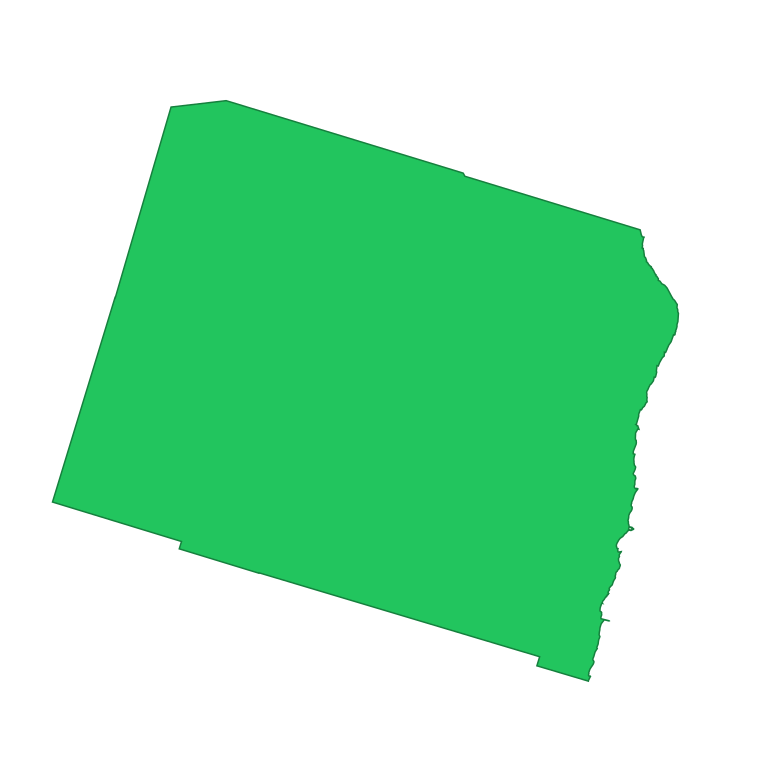 84, Ar Rayyān, Qatar (Mercator projection), rotated 197°
{"feature_id": "91078587B80601194471899", "entity_name": "84", "entity_type": "district", "adm_level": 2, "iso_a3": "QAT", "parent_name": "Qatar", "parent_adm1": "Ar Rayyān", "projection": "mercator", "projection_center": [50.776, 25.173], "detail": "fine", "context": "isolated", "style": "filled", "palette": "green", "viewbox_px": 768, "rotation_deg": 197, "n_neighbors": 0, "source": "geoboundaries", "source_scale": "gbopen_adm2", "svg_char_len": 4992}
<svg xmlns="http://www.w3.org/2000/svg" viewBox="0 0 768 768"><g transform="rotate(197 384 384)"><path d="M101.7,159.6L101.8,160.2L101.2,164.2L101.0,164.6L101.1,164.8L101.5,165.0L102.5,164.6L103.3,165.3L103.4,165.9L103.4,167.0L103.8,167.6L103.7,171.4L103.1,173.7L102.4,175.8L102.0,177.4L101.9,178.7L102.0,179.7L102.3,180.2L103.1,180.9L103.5,181.2L103.8,181.7L103.9,182.5L103.8,183.6L103.7,184.7L103.8,189.2L103.3,191.4L103.0,192.5L102.7,193.2L102.7,193.5L103.4,194.1L103.5,194.8L103.3,196.4L103.2,198.0L103.7,200.6L103.9,202.4L103.7,204.2L103.7,205.6L105.0,207.1L105.5,209.6L105.7,211.9L106.0,212.9L106.2,214.2L106.2,217.8L105.9,219.0L104.4,222.9L99.5,223.2L99.4,223.3L99.6,223.4L107.8,223.0L108.4,224.3L108.4,225.3L108.3,226.6L108.5,227.5L108.9,228.2L109.1,229.2L109.9,229.7L110.9,230.0L111.3,230.6L111.8,233.1L111.8,234.3L111.8,234.7L111.7,236.1L111.8,236.1L111.5,238.2L111.2,238.2L111.5,238.4L111.2,239.7L111.0,239.8L111.3,239.8L111.3,240.4L110.5,242.2L110.2,243.5L109.8,244.7L109.1,245.7L109.4,245.8L109.0,246.8L108.3,247.9L108.6,248.0L107.8,249.4L108.7,249.9L108.8,250.6L108.7,251.6L108.3,252.5L108.2,253.2L108.8,253.9L108.9,254.5L108.7,255.2L108.0,256.9L107.6,257.5L107.0,258.7L107.0,261.1L106.8,263.3L106.1,265.8L106.1,266.5L106.3,267.2L106.7,267.5L106.8,268.2L106.7,269.1L106.9,270.2L107.1,271.0L107.0,271.8L106.6,272.6L106.2,273.2L106.1,274.1L105.9,274.8L105.4,275.6L105.0,276.7L105.1,277.3L105.1,277.9L105.0,279.0L105.1,280.0L105.8,280.7L106.4,281.2L106.7,281.8L107.0,282.4L107.5,282.8L107.9,283.3L108.2,284.3L108.6,285.1L108.7,285.7L108.6,286.6L108.4,287.9L108.9,288.6L109.1,289.3L108.8,290.8L108.1,292.7L108.1,293.1L110.4,291.9L111.0,291.9L111.4,292.3L112.1,294.2L112.1,294.6L112.1,295.0L113.0,294.9L113.2,295.0L113.9,296.3L114.4,296.8L114.7,298.1L114.7,299.5L114.4,300.9L113.9,303.3L113.1,305.4L112.2,306.6L111.1,307.9L110.6,309.2L110.2,310.3L109.7,311.4L108.9,312.2L108.7,312.6L108.1,314.3L107.1,315.9L105.0,316.1L102.9,318.0L102.9,318.4L103.2,318.7L103.5,318.7L104.1,317.4L105.2,316.5L107.6,316.3L107.7,317.1L107.7,317.5L107.7,317.9L107.8,318.3L107.8,318.9L106.3,319.0L105.8,318.8L105.3,318.5L105.0,318.5L104.7,318.6L104.5,319.0L104.7,319.3L105.0,319.4L107.8,319.2L109.0,321.4L109.4,321.7L110.0,323.7L110.5,324.4L110.8,324.9L110.9,327.5L111.5,329.9L111.3,332.0L111.0,333.4L110.4,334.9L110.2,336.4L110.3,337.5L110.6,338.5L110.9,339.0L111.4,339.2L111.8,339.5L112.2,340.3L112.4,341.3L112.3,342.6L112.6,343.3L112.6,344.0L112.4,345.0L112.2,346.7L112.2,348.1L112.3,348.7L112.3,350.4L112.0,353.2L111.5,355.1L110.6,357.5L110.6,357.8L110.9,358.1L111.1,358.0L112.0,358.0L112.1,357.8L110.9,357.9L111.0,357.6L111.6,357.4L112.3,357.3L113.0,357.6L113.7,357.8L114.4,358.5L114.8,359.5L114.8,361.6L115.2,362.6L115.6,364.3L115.8,364.8L115.6,366.7L115.7,367.6L116.0,367.9L116.1,368.5L116.5,368.8L116.8,369.5L117.6,369.6L118.3,369.9L119.4,370.9L119.5,371.4L119.1,373.8L118.9,375.9L119.0,377.8L119.3,378.5L120.0,379.0L120.7,379.4L121.3,380.6L121.9,381.7L122.3,383.1L122.7,384.0L123.1,385.0L123.4,386.7L123.5,387.9L123.5,390.1L123.9,390.1L124.1,390.2L124.7,390.1L125.3,390.2L125.9,392.6L125.3,400.2L125.5,401.6L126.4,403.9L127.0,404.0L127.4,404.7L127.8,405.8L129.1,410.8L128.1,415.2L127.5,415.2L127.5,415.3L127.0,415.3L129.1,418.2L129.9,418.0L130.5,418.8L131.3,418.9L130.9,419.5L131.0,426.0L131.0,427.4L131.3,428.7L131.6,429.5L131.6,429.9L131.6,430.0L131.3,434.5L130.3,434.5L130.0,435.3L129.7,437.0L128.5,438.9L127.9,442.7L127.3,443.3L127.3,444.5L127.9,445.2L128.5,448.3L129.1,448.9L129.6,451.1L129.8,451.5L130.4,452.7L130.5,453.8L130.0,456.1L129.8,458.3L129.2,461.4L128.5,462.1L127.3,465.8L127.6,469.6L126.7,469.6L126.4,470.4L126.7,475.2L127.3,475.8L128.3,481.4L127.0,481.4L126.7,485.2L125.5,490.5L125.4,490.7L124.2,492.7L124.2,492.9L124.4,493.2L124.7,494.3L124.6,494.6L125.2,496.4L124.0,496.4L123.9,496.6L123.5,499.9L123.5,501.0L123.4,501.4L123.0,504.6L121.8,508.3L121.7,510.3L121.7,510.5L121.7,510.8L121.5,515.8L120.4,515.8L120.2,516.4L120.3,517.4L120.7,517.9L120.4,519.1L120.4,519.9L120.7,520.2L120.5,522.7L120.6,524.6L121.2,526.5L121.2,529.6L123.1,537.7L124.3,539.0L124.3,539.7L124.6,540.1L124.9,541.1L126.2,542.7L126.8,545.8L129.3,547.7L129.4,548.1L129.6,548.2L130.9,549.1L131.9,549.6L132.7,549.9L133.0,550.2L133.1,550.5L133.6,550.9L134.6,551.8L141.4,558.6L144.5,560.5L147.7,561.1L150.1,563.0L152.0,563.3L152.4,564.9L152.5,565.0L153.9,566.1L154.5,566.7L155.7,567.0L155.7,567.8L155.8,567.8L157.0,568.6L158.5,570.2L159.2,571.1L159.7,571.6L160.1,571.7L161.3,573.0L162.6,573.3L162.6,574.2L162.7,574.3L164.6,574.9L165.1,575.3L165.7,575.5L167.6,577.3L168.8,577.6L169.1,578.9L170.7,581.1L172.2,582.0L174.7,587.6L175.4,588.3L175.7,589.5L176.9,589.5L177.2,592.0L177.9,593.3L178.5,600.1L177.8,600.8L179.3,600.2L180.4,600.5L180.9,601.2L181.0,601.4L181.6,602.0L184.1,606.3L367.4,606.3L369.9,608.8L617.8,608.8L668.6,586.6L666.2,388.0L666.5,388.1L666.5,174.2L531.6,174.2L531.6,166.5L448.3,166.5L448.3,166.9L155.4,168.7L155.4,159.2L101.7,159.6Z" fill="#22c55e" stroke="#15803d" stroke-width="1.5"/></g></svg>